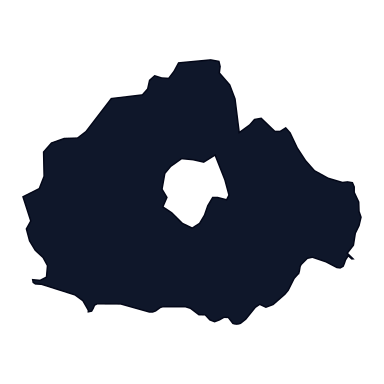 the border of Baranya
{"feature_id": "HUN-3155", "entity_name": "Baranya", "entity_type": "County", "adm_level": 1, "iso_a3": "HUN", "parent_name": "Hungary", "parent_adm1": "", "projection": "albers", "projection_center": [18.29, 46.076], "detail": "fine", "context": "isolated", "style": "filled", "palette": "ink", "viewbox_px": 384, "rotation_deg": 0, "n_neighbors": 0, "source": "natural_earth", "source_scale": "10m", "svg_char_len": 1697}
<svg xmlns="http://www.w3.org/2000/svg" viewBox="0 0 384 384"><path d="M88.3,311.8L88.3,310.1L82.9,300.7L75.0,294.9L41.6,284.3L35.4,283.9L33.2,282.4L32.7,279.7L40.1,280.4L46.5,277.1L47.5,265.6L43.1,257.5L35.3,250.3L29.6,240.9L26.4,228.9L30.8,221.0L23.0,196.8L39.3,188.6L44.1,176.3L43.6,152.0L51.5,143.0L64.2,138.5L77.5,138.1L86.0,131.6L111.3,98.6L142.4,94.9L147.7,88.9L149.6,80.3L154.7,75.8L161.7,78.0L168.7,78.4L174.0,71.4L178.6,62.9L210.7,59.9L218.9,61.4L220.1,66.5L219.3,72.9L229.7,84.9L235.0,98.9L239.2,132.6L249.8,124.9L254.5,119.5L261.2,118.3L274.8,131.4L280.2,131.4L285.7,127.9L290.1,132.9L297.2,147.9L305.5,160.6L314.4,170.7L328.0,178.2L342.5,182.5L347.5,181.9L352.4,182.7L354.2,186.9L354.2,192.4L358.7,202.0L359.0,211.4L361.0,217.2L359.0,225.6L355.3,233.2L353.4,245.2L347.2,253.2L353.0,258.8L351.8,258.9L348.2,255.7L345.5,259.9L344.3,263.5L343.1,266.3L340.2,267.9L336.9,267.5L326.0,261.8L312.4,257.2L307.3,258.3L301.1,264.5L300.1,266.5L299.3,271.3L298.6,273.7L298.2,273.8L294.1,278.4L288.2,290.2L284.9,294.2L273.1,304.5L265.9,307.2L259.7,304.3L255.3,307.3L245.7,319.2L240.5,323.3L238.5,323.9L236.6,324.1L234.7,323.9L232.9,323.4L228.3,317.4L223.9,317.3L219.4,319.9L214.6,321.7L209.9,319.9L205.2,314.8L198.9,314.7L190.5,308.3L185.4,306.7L162.8,306.7L160.4,307.4L155.6,310.9L152.6,312.0L149.4,312.0L120.6,303.9L101.6,303.8L97.1,303.8L94.5,305.2L93.2,308.3L91.6,311.1L88.3,311.8ZM226.6,199.8L229.0,195.1L224.9,179.8L215.1,155.0L203.7,162.1L193.1,159.7L181.6,158.6L170.6,166.4L164.8,173.4L162.0,189.2L166.9,197.4L162.8,206.9L171.7,212.8L182.4,223.4L192.2,228.1L199.6,223.4L204.5,215.2L207.8,205.7L212.7,197.5L217.6,197.5L226.6,199.8Z" fill="#0f172a" stroke="#020617" stroke-width="1.5"/></svg>